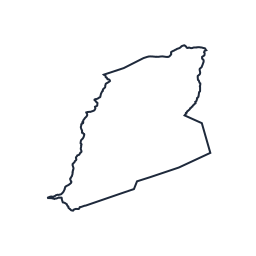 outline of Tilaran, Guanacaste, Costa Rica, rotated 252°
{"feature_id": "36466004B12916636175246", "entity_name": "Tilaran", "entity_type": "district", "adm_level": 2, "iso_a3": "CRI", "parent_name": "Costa Rica", "parent_adm1": "Guanacaste", "projection": "equal_earth", "projection_center": [-84.874, 10.487], "detail": "fine", "context": "isolated", "style": "outline", "palette": "slate", "viewbox_px": 256, "rotation_deg": 252, "n_neighbors": 0, "source": "geoboundaries", "source_scale": "gbopen_adm2", "svg_char_len": 5703}
<svg xmlns="http://www.w3.org/2000/svg" viewBox="0 0 256 256"><g transform="rotate(252 128 128)"><path d="M189.7,164.4L186.3,142.5L186.2,121.4L186.0,121.5L185.7,122.0L185.5,122.3L185.1,122.7L184.3,122.7L183.8,122.5L183.4,122.5L183.2,122.7L182.8,122.8L182.5,123.3L182.1,123.4L181.5,123.4L180.7,123.6L180.5,123.9L180.4,124.5L179.9,125.0L179.1,125.4L178.3,125.4L178.2,125.2L177.9,124.6L177.6,123.4L177.3,122.5L177.2,121.4L177.0,120.8L176.9,120.5L175.9,119.9L175.5,119.5L174.5,119.2L173.8,118.8L173.7,118.7L172.5,116.2L172.1,115.9L171.1,115.6L171.0,115.0L170.8,114.9L170.4,114.3L170.1,114.0L168.8,112.8L166.1,111.2L165.9,110.8L165.9,110.1L165.6,109.3L165.6,109.0L165.3,108.3L165.3,106.8L165.5,106.1L165.5,105.5L165.4,105.0L165.1,104.8L164.8,104.8L164.0,105.5L163.0,105.6L162.4,106.1L161.8,106.3L161.4,106.6L161.2,106.7L160.5,106.4L160.2,106.2L159.3,105.9L158.8,105.6L158.6,105.2L158.5,104.8L158.5,103.5L158.4,103.2L158.1,103.2L157.5,103.0L156.7,103.0L156.1,102.5L155.6,102.0L155.2,101.4L155.0,100.1L155.0,97.0L155.4,96.1L155.5,95.2L155.7,94.5L155.7,93.1L155.3,93.1L154.5,93.4L153.5,93.4L152.7,93.1L152.4,92.9L152.3,92.6L151.7,92.0L151.4,91.4L150.9,90.3L150.7,90.1L150.5,89.7L150.1,89.3L149.5,88.3L149.0,87.8L148.3,87.3L147.8,86.6L147.3,87.2L146.6,86.8L146.5,86.7L146.0,84.7L144.8,84.3L144.0,83.7L143.4,83.4L142.9,83.3L140.7,83.3L140.3,83.5L139.5,83.5L138.2,82.9L137.7,82.9L137.6,83.2L137.5,83.4L137.4,83.5L136.4,83.8L136.1,84.1L135.9,84.4L135.3,84.4L134.4,83.9L133.0,82.9L132.0,81.8L131.7,81.3L131.6,80.9L130.9,79.7L130.3,79.2L128.9,78.5L128.2,78.2L127.9,78.2L127.5,78.6L127.3,78.7L126.6,78.7L126.4,78.6L126.0,78.0L125.3,77.9L124.2,77.4L123.6,77.0L122.7,76.6L121.4,76.6L120.3,76.6L119.9,76.4L119.6,76.2L119.4,75.4L119.2,75.3L119.2,75.0L119.0,74.8L117.7,73.4L117.6,72.5L117.6,71.3L117.5,71.2L117.3,71.1L117.1,70.9L116.4,69.8L116.1,69.4L115.4,69.2L114.2,69.2L113.7,68.9L113.2,68.1L113.0,67.5L112.8,67.1L112.5,66.9L112.2,66.7L111.9,66.4L111.7,65.9L111.6,65.6L110.9,64.3L110.6,64.3L110.0,63.8L106.7,63.8L106.1,63.5L105.9,63.4L105.5,63.2L105.2,62.8L104.7,62.7L104.4,62.4L104.2,62.2L103.8,62.0L103.6,62.0L103.3,61.7L103.1,61.7L102.9,61.6L102.7,61.6L102.6,61.4L101.5,61.1L100.7,60.5L99.9,60.0L99.7,59.9L99.6,59.6L98.9,58.9L98.5,58.4L98.3,58.3L98.2,58.0L98.0,57.9L97.8,57.5L97.4,57.2L95.2,57.2L94.9,57.5L94.2,57.5L93.9,57.3L93.8,57.1L93.6,57.0L93.4,56.9L93.2,56.4L93.0,56.1L92.8,55.7L92.7,55.1L92.5,54.7L92.2,54.0L92.1,53.1L92.0,52.9L91.9,51.7L91.7,50.9L91.6,50.7L91.5,50.4L91.3,50.1L91.1,50.1L90.9,49.8L90.1,49.3L89.8,49.0L89.5,49.0L87.4,47.0L86.4,45.5L86.2,44.9L85.9,44.5L85.7,44.0L85.7,42.5L85.8,42.3L85.8,41.7L85.9,41.1L86.3,40.4L86.3,38.6L86.1,38.1L86.0,37.8L85.9,37.6L85.9,37.3L85.8,37.0L85.8,35.2L86.5,34.0L86.7,32.9L86.7,31.7L86.6,31.3L86.6,30.4L86.4,30.2L86.3,29.6L85.6,31.7L85.4,32.1L85.1,33.2L84.6,34.1L84.4,34.3L84.1,35.1L83.5,35.9L83.3,36.0L83.3,37.5L83.1,38.0L83.1,39.6L83.2,39.9L83.3,40.7L83.2,41.0L82.8,41.4L82.5,42.9L82.2,43.3L81.6,43.3L80.7,43.0L77.5,43.0L77.3,43.1L76.9,44.0L75.9,45.1L74.9,45.8L74.5,46.2L72.8,46.3L72.6,46.5L71.7,47.0L71.3,46.9L70.9,46.7L70.6,46.7L70.1,46.9L69.0,47.7L68.8,47.7L68.5,48.0L68.0,48.2L67.5,48.4L67.2,48.7L66.4,50.1L66.4,50.4L67.1,51.1L67.2,52.6L67.2,53.3L66.9,54.1L66.3,55.8L66.3,56.4L66.6,56.8L67.0,57.2L67.4,57.4L67.6,57.6L67.6,58.1L67.5,58.3L67.4,59.0L67.5,62.8L67.3,63.6L67.3,64.5L67.9,100.1L68.1,114.8L74.5,120.1L74.4,133.7L74.7,164.1L78.9,198.6L109.8,199.7L122.5,185.7L123.6,187.3L123.6,187.5L123.7,187.9L124.5,187.9L124.6,188.4L124.7,188.7L125.5,189.4L125.6,190.0L125.8,190.2L125.9,190.7L126.3,191.4L126.4,191.9L127.0,192.8L127.5,193.1L127.5,193.5L127.7,193.9L127.7,194.1L128.0,194.6L128.4,195.1L128.5,195.9L129.2,196.5L129.5,197.1L129.6,197.5L130.3,198.7L130.6,199.8L130.9,200.1L132.0,200.0L132.1,200.3L132.3,200.8L132.5,201.2L132.5,201.3L132.9,201.7L134.3,202.6L134.4,202.8L135.0,202.8L135.2,203.0L135.4,203.7L135.6,203.9L135.8,204.5L136.2,204.8L136.8,205.0L137.5,205.5L138.1,205.7L139.9,206.6L140.2,206.8L140.5,207.7L141.0,208.0L144.3,209.1L145.4,209.2L145.5,209.4L145.8,209.4L146.3,209.8L146.7,210.1L147.8,210.4L148.0,210.5L148.2,210.3L148.5,210.3L149.0,210.0L151.3,210.0L151.7,209.7L151.9,209.5L152.3,209.5L152.8,209.5L153.8,209.8L154.9,210.0L155.9,210.4L156.0,210.5L156.1,210.9L156.5,211.8L156.6,212.3L156.9,212.7L157.0,212.9L157.4,213.3L158.5,213.8L161.3,214.1L162.2,214.6L162.4,215.3L162.6,215.5L162.9,216.3L163.2,216.9L164.5,217.9L165.0,218.4L165.7,218.9L166.3,219.4L167.1,219.9L167.3,220.2L168.4,220.7L169.2,220.8L169.5,220.8L170.0,220.6L170.3,220.2L171.1,220.0L171.5,220.0L172.7,220.4L172.9,220.8L173.0,221.4L173.4,222.9L173.5,223.1L173.8,223.3L175.4,224.0L176.4,224.0L176.6,223.8L177.4,224.4L177.7,225.1L177.8,226.4L178.6,226.0L179.7,226.0L180.2,225.5L180.8,224.4L181.9,222.8L182.2,221.9L182.5,221.5L183.0,220.2L183.4,218.8L183.5,218.2L183.4,218.1L184.3,215.2L184.2,213.9L184.4,212.9L184.8,212.0L185.3,211.5L185.6,210.9L185.7,210.6L185.6,209.7L185.9,209.0L186.4,208.6L187.2,208.5L187.5,208.4L188.0,208.0L188.3,207.9L188.6,207.6L188.9,207.5L189.2,207.2L189.3,207.0L189.3,204.6L189.2,204.4L189.0,203.9L189.0,203.7L188.9,203.6L188.7,203.3L188.2,202.0L188.1,201.3L188.1,199.5L188.1,199.0L187.8,198.3L187.8,197.3L187.4,195.7L187.4,195.0L187.2,193.9L187.2,193.6L186.8,192.4L185.7,192.0L185.0,192.0L184.8,191.8L184.1,191.0L183.4,189.6L183.2,189.0L183.2,188.2L183.2,187.9L183.4,187.7L183.6,186.9L183.9,186.1L184.3,185.3L184.5,184.9L184.9,184.1L185.1,183.5L185.3,183.3L185.7,182.0L185.9,181.1L186.1,180.3L186.1,180.0L186.2,179.4L186.8,177.3L187.0,177.1L187.2,176.1L187.6,175.5L188.0,174.3L188.4,173.5L188.6,172.9L189.2,171.3L189.5,170.2L189.6,169.9L189.6,169.1L189.7,168.5L189.7,168.4L189.7,164.4Z" fill="none" stroke="#1e293b" stroke-width="2"/></g></svg>